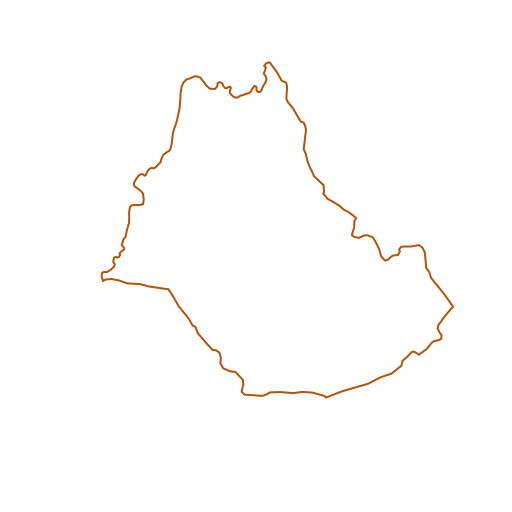 the district of Canelones, Canelones, Uruguay, rotated 321°
{"feature_id": "84410073B2081197170213", "entity_name": "Canelones", "entity_type": "district", "adm_level": 2, "iso_a3": "URY", "parent_name": "Uruguay", "parent_adm1": "Canelones", "projection": "mercator", "projection_center": [-56.237, -34.531], "detail": "fine", "context": "isolated", "style": "outline", "palette": "amber", "viewbox_px": 512, "rotation_deg": 321, "n_neighbors": 0, "source": "geoboundaries", "source_scale": "gbopen_adm2", "svg_char_len": 3136}
<svg xmlns="http://www.w3.org/2000/svg" viewBox="0 0 512 512"><g transform="rotate(321 256 256)"><path d="M221.2,410.0L238.2,415.5L248.4,419.8L262.9,425.9L276.1,428.5L287.4,432.7L299.9,432.8L303.8,429.7L310.2,429.5L316.3,428.6L318.6,429.7L320.6,435.2L330.1,435.7L337.5,434.1L340.8,434.1L345.0,436.4L348.0,436.9L350.3,434.3L350.5,430.7L351.5,426.7L354.2,424.5L364.6,421.7L373.7,419.9L377.2,419.5L378.3,404.3L378.3,383.2L380.5,377.6L380.9,372.1L382.5,370.0L386.1,364.5L389.5,359.3L390.6,353.9L389.4,350.0L382.5,346.2L379.5,343.8L376.7,341.6L374.6,340.2L371.3,340.9L370.8,342.8L368.9,343.9L367.0,344.5L365.1,343.4L363.7,342.4L362.1,341.7L359.7,341.6L356.5,342.0L353.5,340.8L353.1,337.4L353.2,334.5L354.6,331.3L356.0,328.2L358.0,319.7L358.4,314.6L355.5,309.9L352.8,307.9L347.4,306.7L344.5,303.2L343.6,300.2L346.8,297.8L349.9,296.1L352.1,293.4L354.5,290.8L357.6,289.6L357.1,286.3L355.5,279.8L353.4,275.3L352.4,269.3L350.2,263.0L347.5,256.4L347.8,252.3L347.4,250.1L349.1,249.1L351.3,246.1L353.1,243.4L352.2,237.1L351.3,230.5L353.0,224.4L353.9,220.0L356.2,213.6L359.0,207.9L360.3,203.0L374.3,189.4L376.1,185.6L377.0,182.2L375.4,180.0L376.2,173.8L377.6,165.0L377.6,156.6L378.7,152.6L386.4,144.4L388.5,140.4L386.3,135.7L388.0,125.9L388.5,114.0L385.3,112.6L382.1,113.4L382.3,115.6L379.8,117.5L377.0,119.0L376.7,121.7L375.9,124.7L373.5,126.7L368.3,128.5L363.2,131.3L361.5,130.5L360.5,128.8L361.1,126.9L362.4,125.4L362.6,123.9L361.7,122.9L358.4,123.7L354.7,125.2L352.1,124.6L349.6,123.5L346.8,122.7L344.7,121.5L341.9,121.5L339.6,119.8L338.6,117.8L338.2,113.2L339.0,111.9L340.7,110.6L342.2,109.6L342.4,108.1L340.4,107.3L338.4,107.0L337.5,105.6L337.7,103.1L338.5,100.8L337.3,98.1L334.9,97.5L332.5,99.9L329.2,100.3L327.3,98.7L325.4,96.8L324.7,92.2L324.9,88.1L325.0,82.2L323.0,79.2L321.6,77.8L317.1,76.6L313.2,75.1L308.6,75.5L304.5,77.8L299.8,82.1L294.5,88.0L288.9,93.7L281.4,99.7L277.5,102.6L269.4,107.6L261.8,115.1L257.9,118.3L254.8,119.7L251.3,119.1L247.8,119.0L243.0,121.3L241.1,123.0L237.6,123.4L233.1,123.9L231.5,123.4L230.4,121.8L227.7,121.3L225.0,121.7L221.5,123.7L219.8,123.4L219.6,121.6L219.0,120.5L217.5,119.9L215.0,119.7L209.6,121.3L206.9,122.5L205.3,125.6L206.2,127.9L206.9,130.7L207.4,133.3L207.5,136.3L204.2,141.6L200.8,144.6L197.4,143.1L193.9,140.0L191.2,138.4L188.7,138.7L184.7,142.4L181.9,146.1L178.1,150.4L172.3,154.4L166.7,159.0L163.6,159.6L158.6,163.0L158.6,166.6L157.7,167.9L154.3,167.7L151.8,168.0L150.9,169.8L149.0,170.4L147.5,170.1L146.2,168.3L144.4,168.0L141.4,170.7L141.1,173.4L139.1,175.0L134.7,175.2L130.1,174.8L128.4,173.2L127.0,172.4L125.3,172.5L123.0,175.0L121.4,179.2L124.1,179.5L129.1,182.8L134.2,188.9L138.9,196.4L148.4,205.1L153.8,212.5L163.1,222.6L167.0,226.7L166.2,234.8L164.3,246.6L164.3,262.3L163.6,266.5L163.0,270.1L164.3,272.9L162.2,279.6L162.5,291.4L163.1,301.7L165.5,304.0L166.8,308.0L164.7,312.9L160.9,316.8L159.8,322.5L163.4,329.5L167.1,333.1L167.8,344.2L165.0,348.3L162.2,350.1L159.4,352.5L160.0,356.7L164.6,360.9L172.9,368.7L176.8,370.1L181.2,370.9L189.2,377.0L198.9,386.2L206.4,390.7L214.0,397.8L218.5,404.2L220.0,406.3L221.2,407.9L221.2,410.0Z" fill="none" stroke="#b45309" stroke-width="2"/></g></svg>